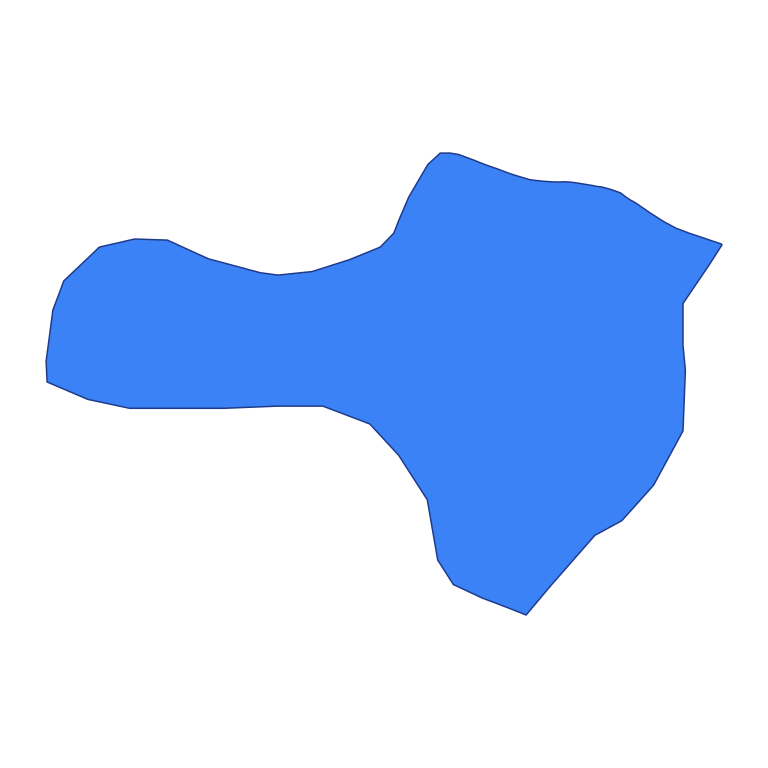 the district of La Guerre/Chickenback Street, Dauphin, Saint Lucia, rotated 270°
{"feature_id": "8701671B75874971152676", "entity_name": "La Guerre/Chickenback Street", "entity_type": "district", "adm_level": 2, "iso_a3": "LCA", "parent_name": "Saint Lucia", "parent_adm1": "Dauphin", "projection": "natural_earth1", "projection_center": [-60.93, 14.024], "detail": "fine", "context": "isolated", "style": "filled", "palette": "blue", "viewbox_px": 768, "rotation_deg": 270, "n_neighbors": 0, "source": "geoboundaries", "source_scale": "gbopen_adm2", "svg_char_len": 1445}
<svg xmlns="http://www.w3.org/2000/svg" viewBox="0 0 768 768"><g transform="rotate(270 384 384)"><path d="M386.0,47.1L368.6,87.8L359.7,129.6L359.7,176.6L359.7,223.6L361.9,278.4L361.9,322.8L344.0,369.8L312.8,398.6L268.2,427.3L208.0,437.7L183.4,453.4L170.0,482.1L161.1,505.6L153.0,526.1L182.5,550.9L232.7,594.9L247.3,621.8L282.8,653.6L337.1,683.0L397.7,685.4L422.7,683.0L443.6,683.0L464.5,683.0L504.2,709.9L523.0,721.9L524.0,721.4L525.7,716.3L528.2,708.8L529.6,704.8L535.0,688.6L539.9,675.8L546.3,663.9L547.7,661.7L555.7,649.2L559.0,644.5L560.3,642.6L565.1,635.6L568.0,630.4L568.8,629.1L571.0,625.9L572.6,623.8L574.0,621.9L574.8,621.0L575.7,619.0L578.1,612.0L578.6,610.7L581.0,601.8L581.7,596.4L582.3,593.5L583.0,589.4L583.8,584.6L584.5,580.2L585.4,574.3L585.8,570.9L586.0,569.3L586.2,564.4L586.0,558.9L586.1,552.8L586.8,542.9L587.0,540.8L587.9,532.7L588.5,529.1L592.6,515.5L594.8,508.7L599.4,496.6L600.2,494.1L603.0,486.1L606.6,477.0L607.1,475.8L609.1,470.5L613.5,458.7L614.0,455.8L615.0,449.4L614.9,445.1L614.9,440.2L611.9,437.0L603.6,427.9L577.2,412.4L571.0,408.8L569.2,408.0L548.9,399.3L538.4,395.2L534.9,393.8L529.3,388.4L520.9,380.2L519.6,377.1L508.1,348.8L499.2,320.7L496.4,312.0L495.6,303.9L492.9,277.9L495.3,260.2L509.2,208.4L516.8,191.7L527.9,167.4L528.3,155.5L529.0,134.7L523.8,111.9L520.9,99.3L515.4,93.6L487.1,63.8L476.0,59.7L458.0,52.9L410.3,46.6L406.7,46.1L386.0,47.1Z" fill="#3b82f6" stroke="#1e3a8a" stroke-width="1.5"/></g></svg>